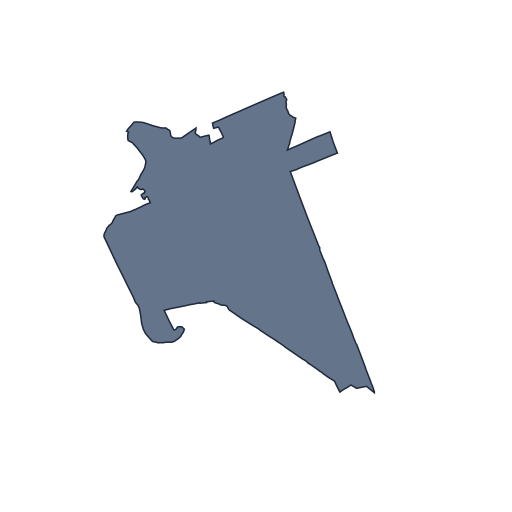 outline of Dobrun, Olt, Romania, rotated 232°
{"feature_id": "2599482B92313986888517", "entity_name": "Dobrun", "entity_type": "district", "adm_level": 2, "iso_a3": "ROU", "parent_name": "Romania", "parent_adm1": "Olt", "projection": "orthographic", "projection_center": [24.23, 44.251], "detail": "fine", "context": "isolated", "style": "filled", "palette": "slate", "viewbox_px": 512, "rotation_deg": 232, "n_neighbors": 0, "source": "geoboundaries", "source_scale": "gbopen_adm2", "svg_char_len": 6157}
<svg xmlns="http://www.w3.org/2000/svg" viewBox="0 0 512 512"><g transform="rotate(232 256 256)"><path d="M308.3,390.8L309.2,387.7L311.4,380.1L312.1,378.3L316.7,359.5L320.2,346.0L321.0,347.2L322.1,348.9L323.1,350.3L323.7,351.4L324.6,352.5L326.3,354.3L326.6,354.8L327.0,355.6L328.1,356.9L328.9,358.2L329.9,359.7L335.3,366.6L337.5,369.4L338.1,369.6L338.9,370.6L340.1,372.2L341.7,371.3L342.7,370.6L344.3,370.2L345.6,369.7L346.9,369.3L348.1,369.5L349.1,369.7L350.0,370.1L350.9,370.4L351.9,370.5L352.8,370.7L353.4,370.8L354.0,371.1L354.7,371.5L355.5,371.9L356.1,372.4L356.3,372.9L356.7,373.3L357.6,373.8L358.5,374.2L359.1,374.7L359.8,375.5L360.0,376.2L360.4,376.5L361.0,376.7L361.7,376.7L362.1,376.7L362.8,376.8L363.3,377.0L363.6,376.8L364.0,376.5L364.6,376.4L365.1,376.6L365.5,377.0L366.0,377.6L366.6,377.9L367.5,378.5L368.1,378.6L369.9,372.1L373.3,359.2L376.7,346.0L378.1,340.6L379.0,337.1L379.8,333.7L381.7,326.5L383.7,318.6L384.1,317.0L384.9,313.5L385.6,310.5L386.1,308.7L387.0,305.5L387.6,303.5L383.0,301.3L382.6,301.3L382.5,301.5L382.3,302.1L382.0,302.8L381.6,303.7L381.1,304.8L380.8,305.6L380.5,305.7L379.7,305.6L378.5,305.3L376.6,305.0L374.3,304.6L371.6,303.9L370.4,303.7L369.9,303.6L369.5,303.3L369.5,302.9L369.6,302.2L370.0,300.5L370.3,299.5L370.5,298.6L370.8,297.3L371.1,296.0L371.2,295.2L371.3,294.2L371.7,292.1L371.9,291.1L372.2,290.0L372.3,289.7L372.4,289.1L372.8,289.4L373.4,289.8L374.1,290.2L374.7,290.5L375.3,290.7L376.0,291.0L376.6,291.3L377.0,291.6L377.8,292.1L378.4,292.4L379.0,292.7L379.8,293.2L380.1,293.3L380.3,293.2L380.8,292.1L381.3,291.0L382.3,288.8L383.0,287.2L383.9,285.3L384.2,285.0L384.6,284.9L385.5,284.9L386.0,284.7L388.0,284.1L389.8,283.7L390.1,283.8L390.6,284.1L391.1,284.3L391.3,284.9L391.6,285.5L392.0,285.9L393.8,287.5L394.9,269.8L397.1,266.9L399.0,264.3L399.6,263.8L400.5,263.3L401.6,262.9L402.7,262.9L403.8,263.2L406.8,264.9L407.7,265.2L408.5,265.2L409.8,264.6L410.8,264.2L412.3,263.9L412.7,263.5L413.5,262.3L415.4,260.1L422.1,255.0L426.7,252.0L430.1,249.7L431.7,248.3L435.3,244.3L436.6,242.2L435.8,238.6L434.9,233.3L434.0,230.8L432.1,231.9L431.0,230.0L428.4,227.8L425.9,226.4L424.7,226.8L423.5,227.3L422.6,227.9L421.6,228.2L420.8,228.5L419.6,228.4L417.3,228.6L414.4,228.9L411.8,228.8L409.4,228.8L405.8,228.8L402.4,228.5L400.6,228.2L399.4,227.9L398.5,227.5L397.6,226.7L396.7,225.8L395.1,223.9L394.5,223.1L393.9,222.2L393.2,220.8L392.6,219.5L391.4,216.4L391.2,215.6L390.8,214.8L390.2,213.8L389.7,212.8L389.2,211.9L388.9,211.1L388.6,210.6L388.4,209.8L388.3,209.2L388.0,207.8L387.4,206.4L386.7,204.7L386.2,203.4L385.8,202.3L385.1,200.6L384.5,198.9L383.8,197.1L383.2,197.5L382.9,198.3L382.9,201.9L383.0,202.9L383.5,205.0L382.3,205.0L381.0,205.3L379.7,205.8L378.9,206.9L378.1,208.2L377.3,208.5L376.5,208.5L375.9,208.3L375.1,208.3L374.3,206.8L374.8,206.3L374.9,205.7L374.6,205.0L375.0,203.6L374.6,203.1L373.7,202.6L372.6,202.7L371.3,202.4L370.4,202.4L369.8,202.7L369.4,203.0L369.2,203.5L369.3,203.8L369.5,204.1L370.3,204.2L370.0,205.2L370.2,206.2L369.9,206.7L369.2,207.0L368.4,207.0L367.7,206.6L366.9,206.1L365.1,206.2L364.5,205.8L363.0,205.5L363.6,203.9L363.9,202.8L364.5,201.2L364.8,199.4L365.2,198.1L365.3,197.2L365.6,195.3L366.2,193.1L366.8,190.1L367.6,187.6L367.9,186.0L368.4,184.4L369.1,182.7L369.7,181.3L371.8,176.4L373.6,172.2L374.0,171.0L373.9,170.7L373.9,170.1L373.8,169.6L373.4,169.0L373.2,168.5L372.9,167.6L372.6,166.7L372.3,166.1L372.0,165.6L371.8,164.9L371.3,164.2L370.8,163.2L370.5,161.2L370.3,160.7L370.4,160.1L370.5,159.6L370.6,159.1L370.5,158.7L370.3,158.2L370.1,157.8L370.1,157.3L370.0,156.8L369.9,156.2L369.6,155.4L369.3,154.9L369.1,154.4L368.7,153.8L368.3,153.1L368.1,152.7L367.9,152.2L367.8,151.8L367.5,151.4L367.2,150.6L366.7,150.0L366.3,149.3L365.8,148.9L364.9,148.1L334.9,141.3L321.4,138.6L314.5,137.1L299.6,134.1L293.9,132.5L289.7,132.6L286.0,131.6L280.0,128.4L273.3,124.4L267.7,122.1L262.7,121.2L257.8,121.4L252.4,121.8L247.6,125.7L246.3,127.6L245.1,129.0L244.1,130.8L243.0,132.7L241.8,134.2L240.4,135.9L239.5,137.4L239.0,139.4L238.7,143.4L238.8,145.4L238.9,146.9L239.3,147.9L239.8,149.0L240.2,150.3L240.7,151.8L241.5,153.1L242.4,154.5L245.9,154.0L246.3,153.5L246.6,153.1L247.0,152.7L247.7,151.7L248.3,150.7L248.4,150.2L248.0,149.4L247.7,148.4L247.6,147.9L247.6,147.4L247.7,146.8L247.8,146.5L248.3,146.1L248.6,145.8L250.0,146.1L253.9,146.8L259.1,147.8L263.2,148.7L266.3,149.4L269.7,150.2L268.3,153.4L267.9,154.2L267.6,155.0L266.6,157.3L266.0,158.4L264.9,160.5L264.1,162.1L263.1,164.1L262.7,164.7L262.5,165.2L262.0,166.3L261.7,167.1L261.4,167.6L260.8,168.5L260.6,169.2L260.4,169.5L260.1,170.0L259.8,170.9L259.6,171.5L259.1,172.2L258.9,172.7L258.6,173.3L258.1,174.5L257.7,175.0L257.2,176.1L256.3,177.6L255.7,179.0L254.6,181.1L253.8,182.8L253.4,182.6L249.7,188.4L250.4,188.8L246.3,195.2L245.1,194.5L241.2,197.1L238.4,198.6L237.7,199.6L237.1,200.3L236.2,201.2L235.3,201.7L234.3,202.3L233.8,202.2L232.8,202.0L230.6,201.6L228.5,202.1L227.1,202.6L216.4,205.9L202.3,211.0L200.7,211.7L197.1,213.1L194.2,213.8L184.5,217.0L179.5,218.9L175.7,220.0L172.7,221.1L169.9,222.0L167.5,222.7L165.5,223.1L153.9,226.8L146.6,229.1L143.7,230.3L140.3,231.2L139.3,231.0L139.0,231.2L138.7,231.5L136.6,232.2L128.8,234.6L126.0,235.3L125.3,235.6L124.7,235.9L124.2,236.0L123.7,236.2L120.8,236.8L118.1,237.6L115.3,238.5L109.1,240.8L104.7,239.8L98.3,238.5L97.1,238.3L97.0,241.6L96.8,243.5L96.3,246.7L95.9,251.4L89.8,253.8L85.3,262.8L75.4,265.1L76.1,265.7L80.6,267.3L85.7,268.7L86.2,269.0L99.5,273.0L100.9,273.6L114.0,277.7L124.4,280.9L125.3,280.8L127.9,281.6L131.5,282.6L134.3,283.6L136.0,284.1L136.9,284.4L143.2,286.2L146.0,286.9L147.7,287.4L151.8,288.6L152.2,288.7L157.6,290.4L161.0,291.4L163.5,292.2L165.2,292.6L167.8,293.4L169.8,294.0L174.2,295.3L174.5,295.5L179.0,296.8L182.0,297.7L185.9,298.9L187.5,299.2L187.9,299.3L188.4,299.8L193.5,301.4L200.1,303.5L209.5,306.7L211.4,307.0L213.3,307.5L221.0,309.8L221.4,309.9L223.6,311.5L224.8,311.5L238.0,315.4L250.1,318.9L275.9,326.9L301.4,335.0L300.7,337.0L298.8,342.1L298.9,342.7L297.7,347.2L295.3,354.5L293.4,360.8L293.4,361.2L289.5,375.0L287.2,382.8L286.9,383.5L298.3,387.0L301.5,388.2L302.5,388.6L306.1,389.9L308.3,390.8Z" fill="#64748b" stroke="#1e293b" stroke-width="1.5"/></g></svg>